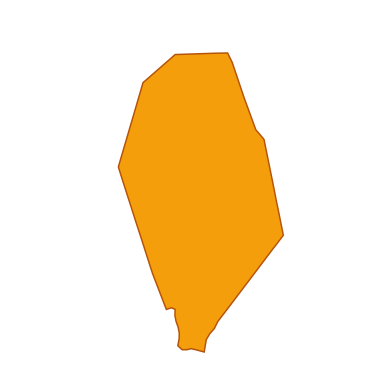 outline of Porteiras, Ceará, Brazil, rotated 36°
{"feature_id": "56859067B96869149355187", "entity_name": "Porteiras", "entity_type": "district", "adm_level": 2, "iso_a3": "BRA", "parent_name": "Brazil", "parent_adm1": "Ceará", "projection": "robinson", "projection_center": [-39.083, -7.546], "detail": "fine", "context": "isolated", "style": "filled", "palette": "amber", "viewbox_px": 384, "rotation_deg": 36, "n_neighbors": 0, "source": "geoboundaries", "source_scale": "gbopen_adm2", "svg_char_len": 677}
<svg xmlns="http://www.w3.org/2000/svg" viewBox="0 0 384 384"><g transform="rotate(36 192 192)"><path d="M148.3,63.5L139.1,58.6L128.8,66.4L97.6,90.7L88.1,132.3L99.1,163.0L116.3,211.2L117.8,215.1L129.0,223.4L164.1,249.1L181.3,261.6L199.4,274.9L208.2,281.3L240.3,302.1L243.3,297.8L247.3,296.9L250.9,302.1L255.2,306.1L260.0,309.3L264.6,313.6L267.9,318.4L270.9,324.7L276.7,325.4L280.7,322.5L283.2,319.4L288.2,317.2L295.9,314.3L290.3,303.0L289.7,296.2L290.3,289.2L289.0,281.7L289.4,265.1L290.0,236.4L290.9,189.5L291.1,185.3L291.3,173.3L271.3,154.9L267.4,151.4L254.4,139.3L219.3,107.1L207.0,104.1L178.6,85.0L148.3,63.5Z" fill="#f59e0b" stroke="#b45309" stroke-width="1.5"/></g></svg>